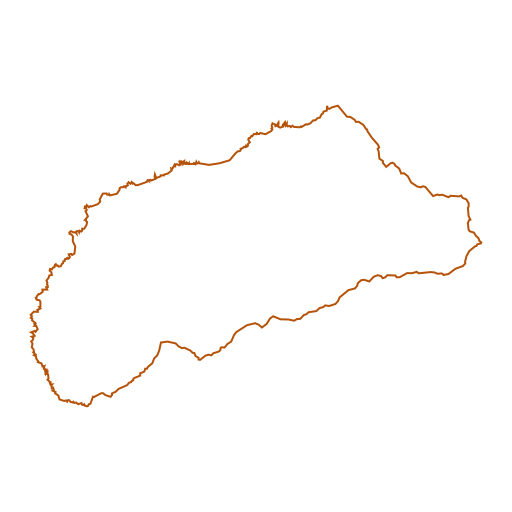 the district of Santo Andre, Porto Novo, Cabo Verde
{"feature_id": "66160863B70751634637165", "entity_name": "Santo Andre", "entity_type": "district", "adm_level": 2, "iso_a3": "CPV", "parent_name": "Cabo Verde", "parent_adm1": "Porto Novo", "projection": "natural_earth1", "projection_center": [-25.312, 17.075], "detail": "fine", "context": "isolated", "style": "outline", "palette": "amber", "viewbox_px": 512, "rotation_deg": 0, "n_neighbors": 0, "source": "geoboundaries", "source_scale": "gbopen_adm2", "svg_char_len": 5950}
<svg xmlns="http://www.w3.org/2000/svg" viewBox="0 0 512 512"><path d="M481.3,242.4L479.4,240.9L478.4,238.0L476.1,236.0L473.9,232.6L469.5,231.2L468.5,229.2L467.9,222.9L469.0,220.3L470.4,219.7L468.6,216.0L467.9,207.9L468.6,206.7L468.7,203.3L466.4,199.4L462.6,197.9L461.1,195.5L459.3,196.4L450.7,195.8L448.4,197.2L442.1,194.7L439.4,195.2L437.3,194.5L433.1,196.1L425.3,186.9L423.0,186.3L420.8,187.3L417.2,186.5L411.1,182.4L407.8,176.2L404.1,173.3L401.2,173.5L399.2,168.5L395.4,165.7L394.4,163.8L392.4,162.7L390.4,163.4L386.2,166.9L382.9,162.9L382.9,161.0L379.4,158.7L378.6,151.2L377.6,148.9L379.2,147.4L377.7,144.4L371.6,137.4L367.5,131.3L367.1,129.5L365.9,128.9L363.4,124.9L358.6,121.8L355.9,121.9L354.7,119.8L350.3,116.9L347.0,116.7L337.9,105.7L332.3,107.2L329.2,108.9L327.9,108.4L327.0,105.9L326.8,110.6L323.5,111.6L322.9,113.5L321.4,114.5L320.0,117.5L317.3,118.3L315.3,120.3L313.1,120.4L310.4,123.3L307.1,124.6L306.1,124.2L301.5,127.0L300.9,126.4L299.7,127.3L293.9,126.9L292.5,125.7L290.8,127.1L289.7,125.9L287.6,126.4L286.7,125.4L286.8,123.7L285.7,125.4L285.2,122.8L284.2,124.6L284.2,123.2L282.7,125.1L282.8,126.6L280.2,127.6L278.5,126.9L278.4,125.6L277.0,125.9L278.6,123.6L278.5,122.5L276.9,124.9L275.3,125.8L275.0,124.5L272.5,123.3L271.6,125.8L272.3,127.8L271.5,128.5L272.3,129.6L271.1,131.1L265.5,134.2L260.3,133.0L259.1,134.1L257.0,133.8L257.0,132.0L256.2,134.2L253.8,134.0L252.3,136.2L251.4,135.9L250.0,138.1L248.7,138.2L248.3,139.8L249.8,142.3L247.9,144.0L247.9,145.8L246.7,146.7L246.0,145.7L245.3,147.1L243.9,146.8L242.8,148.1L240.8,148.7L241.1,149.2L239.9,151.1L237.7,151.4L235.5,153.3L229.6,160.3L219.3,163.3L209.0,164.9L199.3,163.3L198.8,162.2L198.1,163.3L196.9,163.4L196.3,162.0L195.6,164.3L194.1,164.0L194.1,162.3L193.7,163.9L188.9,164.0L188.9,163.3L188.5,163.8L187.2,162.8L187.1,163.9L185.5,164.0L185.5,163.1L185.0,163.4L184.6,162.6L183.5,163.6L184.1,161.1L183.3,161.6L182.9,163.4L181.5,161.5L180.8,162.1L180.1,161.4L180.0,161.8L181.8,162.7L181.3,163.4L179.8,162.6L180.6,164.6L179.2,165.3L177.2,164.2L175.7,164.3L175.3,165.6L174.6,164.6L174.2,165.2L174.9,166.4L173.4,166.7L172.3,168.8L171.2,168.4L171.6,170.6L167.8,173.5L164.0,174.7L163.9,175.4L160.7,175.3L160.5,176.4L156.3,178.0L154.9,174.5L154.6,176.5L155.4,178.9L151.0,180.6L150.5,179.8L148.3,180.3L148.5,180.9L147.5,180.2L146.8,181.9L137.8,185.1L135.7,185.2L133.4,183.1L132.7,183.6L131.7,182.0L130.4,183.8L128.6,182.2L127.3,183.8L127.9,185.3L126.1,186.5L125.5,185.4L125.5,187.3L124.0,186.3L123.2,187.2L121.0,187.2L119.6,188.2L119.5,190.0L116.8,193.8L110.1,195.4L109.3,194.3L109.2,194.9L107.3,194.7L106.6,193.5L102.8,193.6L99.7,199.4L100.2,201.6L97.9,204.1L91.4,206.5L90.3,206.1L89.0,207.3L86.8,205.2L86.4,206.8L84.4,206.0L85.0,206.7L84.6,208.2L85.9,208.2L86.6,209.4L86.6,210.4L85.5,211.1L87.9,216.3L85.3,219.6L86.0,219.5L85.8,220.7L87.1,221.9L86.6,224.7L84.7,228.0L83.8,228.9L82.2,228.7L82.2,230.7L81.2,231.6L79.5,230.7L79.1,232.3L78.6,231.3L76.7,231.1L76.2,232.0L76.5,233.6L75.2,232.2L74.0,232.5L70.8,231.2L69.3,232.6L69.6,233.9L71.5,234.5L72.9,236.4L72.8,241.3L75.3,246.6L74.4,253.7L72.1,255.0L71.4,253.9L68.7,254.4L69.8,256.8L69.4,258.1L68.3,258.7L66.9,257.2L67.4,258.7L64.9,259.2L64.7,261.0L63.4,261.3L63.0,263.3L61.8,264.0L60.9,266.2L58.5,266.6L57.7,265.4L56.3,265.6L55.8,264.2L54.8,265.0L54.4,267.3L52.9,267.6L52.0,269.4L50.1,268.9L49.6,270.6L51.3,272.2L51.9,274.9L49.3,275.5L48.5,278.0L46.5,280.5L47.4,282.9L46.9,284.4L47.7,285.5L47.8,287.1L46.2,287.2L47.2,289.6L42.4,289.6L42.7,291.8L39.5,294.2L38.5,294.1L36.6,296.6L36.5,298.1L35.9,298.1L36.6,299.7L39.5,300.3L40.4,301.7L40.4,306.5L39.2,306.9L40.4,308.5L37.5,309.7L38.0,310.7L37.1,311.3L37.4,311.8L33.8,311.7L30.7,314.9L31.9,316.1L30.8,317.8L32.3,318.5L32.0,320.3L35.5,323.1L34.3,323.9L35.6,325.1L34.6,325.9L36.3,326.1L37.7,329.2L35.5,331.8L34.8,330.9L31.2,332.3L32.6,333.0L34.6,335.8L31.7,336.7L33.4,337.9L32.6,340.3L31.2,341.4L32.5,343.7L31.8,347.3L33.6,349.5L34.0,352.0L33.3,352.3L35.6,354.6L34.1,355.2L36.1,356.4L36.2,358.5L38.2,361.3L37.8,362.1L41.5,363.4L42.5,366.4L43.6,366.1L43.7,367.3L44.3,366.8L43.8,368.8L46.0,369.4L44.9,370.0L45.5,372.9L46.3,370.4L47.6,371.1L47.4,372.9L46.1,373.9L48.1,374.5L48.5,378.5L47.5,379.7L49.3,381.3L50.0,383.4L50.6,382.8L50.8,384.7L52.1,384.5L51.4,385.3L51.8,388.3L53.0,387.6L53.9,389.9L52.7,390.7L55.6,392.1L55.1,393.3L58.4,395.6L59.5,399.4L64.3,401.0L65.9,400.4L67.1,401.6L67.5,400.4L69.0,400.1L70.5,401.9L72.8,402.5L73.3,401.8L74.3,402.9L76.0,402.5L78.2,404.2L81.5,403.1L82.0,404.6L83.6,405.1L84.2,404.3L85.1,405.8L87.2,406.3L88.2,405.8L88.7,404.3L90.4,403.8L93.0,396.7L94.0,397.0L101.3,393.2L103.1,393.2L105.4,395.1L110.6,396.8L112.1,394.8L111.9,393.5L115.9,391.6L118.6,388.9L127.0,385.2L129.2,382.6L131.1,382.2L131.7,380.9L133.2,380.3L133.3,378.9L134.3,378.0L140.2,375.6L140.2,373.3L144.3,371.6L145.2,368.7L146.9,368.8L147.8,367.0L152.3,363.3L154.1,358.5L157.2,355.4L159.1,350.8L161.0,342.5L167.6,341.6L175.7,343.4L178.6,346.4L181.9,348.1L184.6,347.8L190.3,350.5L192.7,352.9L194.3,353.0L195.5,356.0L198.5,357.8L198.6,359.6L200.2,359.8L205.2,355.8L208.3,354.7L211.4,355.3L213.2,353.3L218.9,351.5L220.3,350.2L220.6,347.9L221.3,347.3L224.6,347.5L227.5,343.9L231.2,341.6L234.0,335.1L236.4,332.0L247.0,325.2L255.2,323.2L258.9,324.8L261.9,327.5L266.7,323.9L270.0,318.5L273.2,316.3L280.5,319.3L288.6,319.5L294.1,320.7L297.1,319.0L300.2,318.9L303.9,315.0L306.3,314.3L308.6,312.2L316.3,311.1L319.4,308.2L323.3,307.0L325.3,305.4L329.1,306.0L335.4,304.0L337.9,301.3L339.6,297.4L348.5,290.1L355.0,288.4L357.1,285.9L357.9,283.1L361.2,280.2L364.3,279.8L369.2,281.5L373.7,276.8L377.6,275.2L381.0,276.0L382.6,278.2L384.9,277.5L387.4,275.2L395.4,275.5L396.7,277.3L399.7,277.2L407.1,273.1L412.2,273.2L416.7,271.8L418.6,273.3L430.2,272.1L434.3,272.4L437.7,273.8L441.2,273.4L442.7,273.9L443.4,275.0L448.5,274.0L455.4,268.8L463.0,266.0L465.3,263.4L465.1,261.6L466.5,256.1L469.3,251.0L475.2,246.2L476.5,245.9L477.3,244.3L480.9,243.4L481.3,242.4Z" fill="none" stroke="#b45309" stroke-width="2"/></svg>